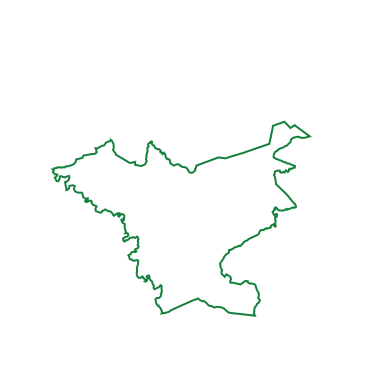 Upper Denkyira East Municipal, Central, Ghana, rotated 217°
{"feature_id": "2480657B45731574572143", "entity_name": "Upper Denkyira East Municipal", "entity_type": "district", "adm_level": 2, "iso_a3": "GHA", "parent_name": "Ghana", "parent_adm1": "Central", "projection": "orthographic", "projection_center": [-1.726, 5.836], "detail": "fine", "context": "isolated", "style": "outline", "palette": "green", "viewbox_px": 384, "rotation_deg": 217, "n_neighbors": 0, "source": "geoboundaries", "source_scale": "gbopen_adm2", "svg_char_len": 6065}
<svg xmlns="http://www.w3.org/2000/svg" viewBox="0 0 384 384"><g transform="rotate(217 192 192)"><path d="M288.1,184.7L287.8,184.3L288.0,183.4L289.8,181.0L290.4,179.4L290.2,176.4L291.9,174.5L293.9,169.7L295.3,168.9L294.0,168.2L293.3,167.2L292.0,166.5L292.2,164.8L292.7,163.9L295.2,161.6L300.4,156.0L300.6,155.4L300.1,153.4L304.1,148.2L303.4,147.0L303.0,145.2L303.1,143.5L303.8,141.7L306.8,137.5L308.3,136.6L308.3,135.3L308.5,135.0L310.0,134.1L310.6,133.1L311.9,132.5L312.5,131.9L313.7,131.4L313.8,130.9L316.4,127.7L316.1,126.7L316.7,126.2L315.4,126.1L315.2,125.7L315.1,124.2L312.1,123.6L310.9,124.5L309.8,124.7L309.6,124.3L309.5,123.4L310.2,120.9L306.8,119.3L305.3,120.1L305.2,120.6L305.9,123.3L306.8,124.9L306.1,125.9L304.1,126.4L302.3,127.1L301.4,128.8L300.0,130.8L298.6,129.9L297.7,127.2L298.4,124.5L299.3,123.5L297.6,122.0L297.1,121.3L294.8,119.6L293.4,117.9L292.7,119.2L292.5,121.0L292.6,121.4L293.5,123.0L293.4,123.3L291.1,125.7L289.1,126.1L288.2,123.5L287.4,122.9L285.5,122.1L282.6,122.9L279.3,125.3L277.1,123.7L276.3,122.6L274.3,122.4L272.6,122.7L271.5,124.3L271.0,123.9L271.0,122.8L271.9,120.6L271.4,120.1L269.8,120.9L268.8,122.9L268.0,124.0L266.5,124.2L265.8,123.0L263.6,122.2L259.9,123.2L259.4,122.8L259.1,120.5L257.8,119.3L257.1,118.9L252.8,120.3L252.1,121.0L252.3,122.6L250.8,125.8L247.7,126.2L245.4,127.4L241.8,126.8L241.4,126.3L240.1,126.0L239.4,127.7L239.3,128.9L238.4,130.4L237.0,131.5L236.1,130.7L236.1,130.2L237.1,129.1L236.8,128.5L235.4,128.4L235.4,130.4L234.8,132.0L233.7,132.7L232.2,132.6L231.0,131.4L230.8,130.1L229.6,129.0L229.5,127.9L230.1,127.4L231.4,128.0L231.7,127.3L230.4,126.2L229.0,125.7L226.4,125.9L225.0,123.8L223.2,122.0L220.1,119.9L220.3,119.1L219.4,119.6L219.1,120.0L218.2,120.2L217.7,120.1L216.7,118.9L216.8,117.5L218.1,116.1L219.1,113.4L217.2,111.7L216.5,111.6L215.8,112.3L215.8,113.7L214.8,114.5L214.3,115.4L213.8,118.3L212.5,119.4L211.7,120.6L210.2,120.9L209.7,121.3L209.0,123.4L208.5,123.3L206.4,122.2L205.9,120.3L204.3,119.1L203.3,116.8L202.0,116.6L201.5,115.2L201.6,114.0L202.8,112.6L202.8,111.5L202.1,111.5L200.7,110.9L201.1,110.1L203.1,108.7L204.0,107.5L203.5,105.1L204.4,104.3L204.7,103.1L202.9,102.3L202.0,101.4L200.9,101.0L199.2,101.8L197.6,101.8L196.1,103.0L194.8,104.8L193.4,104.6L191.6,101.6L190.3,98.1L188.5,96.1L187.0,93.3L184.6,91.6L182.8,91.4L181.6,92.3L180.7,94.8L179.6,94.5L179.2,93.9L178.9,93.8L178.3,94.0L175.8,94.0L175.5,93.4L175.8,92.3L175.0,92.6L174.7,93.7L175.6,96.6L177.2,97.0L177.2,98.0L176.8,98.9L175.7,99.3L172.9,96.7L170.3,96.5L169.2,95.9L168.5,95.1L165.9,94.1L165.0,92.3L164.3,92.0L163.2,92.0L162.0,94.7L161.4,95.5L161.1,96.5L161.1,98.6L159.6,98.6L158.6,96.9L156.3,94.5L155.7,93.5L155.7,91.9L154.2,90.5L154.5,87.8L155.1,86.9L156.2,86.3L156.7,84.6L155.4,83.1L152.3,80.9L150.7,80.7L150.3,81.1L150.1,80.7L147.6,80.4L143.5,78.1L143.2,76.7L141.1,78.8L138.5,82.1L137.4,85.4L125.6,106.8L123.7,109.2L123.2,110.6L120.8,110.5L117.9,111.0L116.8,112.1L115.0,112.2L110.0,111.4L107.7,112.7L105.5,112.9L104.7,113.2L103.3,115.1L99.4,117.4L97.7,118.0L96.7,118.2L90.3,117.7L86.9,119.5L67.3,131.1L69.4,132.2L69.6,133.0L70.4,133.8L70.4,134.2L71.0,134.8L72.5,137.5L72.2,140.0L72.6,140.9L72.7,141.6L72.1,143.9L72.4,146.0L73.4,146.8L75.0,147.1L75.5,147.5L75.9,148.7L76.7,149.9L77.2,150.8L78.6,151.9L80.8,152.5L85.1,155.6L86.0,156.0L87.1,155.8L89.2,154.9L91.3,153.4L93.2,153.5L93.8,154.3L95.7,153.2L96.5,151.3L97.6,147.4L104.9,144.1L106.7,142.7L107.2,142.9L107.8,143.6L108.3,145.8L110.4,147.4L115.0,146.9L114.9,143.9L116.4,144.3L117.8,144.2L118.9,144.6L120.5,145.8L120.6,147.0L120.9,147.8L123.8,149.0L125.2,150.6L125.7,150.7L126.6,152.0L126.8,158.2L127.4,159.8L127.0,163.5L126.1,165.1L126.3,166.3L127.5,168.0L126.3,168.9L126.1,169.8L125.4,170.7L124.5,173.6L123.1,175.2L122.4,177.2L121.1,177.8L120.7,178.4L120.7,180.4L120.3,181.6L120.5,183.0L119.9,185.0L118.6,186.9L118.6,188.3L113.4,198.1L114.3,201.8L114.0,203.0L111.8,205.0L111.8,206.1L111.5,206.7L110.8,207.1L110.8,207.8L110.0,208.0L107.9,210.5L107.8,211.1L108.6,212.1L108.0,214.4L107.5,215.1L105.7,214.4L104.8,214.3L104.5,214.8L104.8,215.4L106.7,216.7L107.1,218.1L108.2,219.7L110.0,221.1L110.6,222.2L109.5,223.0L110.6,225.4L111.4,225.3L112.4,223.0L115.6,224.5L115.2,228.1L116.3,228.6L115.7,230.3L111.9,229.4L107.9,232.1L106.2,235.5L105.4,235.0L102.0,240.5L100.9,240.8L100.0,242.7L100.3,243.1L102.4,244.4L104.9,244.6L115.0,247.1L129.4,248.8L134.5,253.6L136.9,255.1L137.0,256.6L138.0,258.0L137.2,259.8L134.8,262.0L133.7,261.0L132.4,261.0L131.4,262.4L131.5,262.6L131.0,263.0L129.8,263.2L130.1,265.9L127.5,265.7L127.4,267.2L127.2,267.6L128.1,268.4L128.1,269.4L126.1,270.6L125.7,272.4L124.6,273.3L125.3,274.6L125.8,274.7L129.3,273.5L131.3,273.3L132.9,272.2L135.1,272.0L136.8,271.1L139.5,270.8L141.7,269.9L142.5,269.9L144.6,269.1L147.6,268.8L149.1,270.9L149.5,271.8L149.7,274.1L148.4,277.2L148.7,277.9L147.2,280.8L146.0,282.3L145.4,284.2L144.3,285.8L143.4,291.3L144.6,293.7L143.7,296.4L141.0,299.7L136.9,301.3L134.6,303.1L131.5,307.3L150.3,307.1L151.9,302.4L160.5,303.7L167.1,293.7L159.2,277.0L174.9,253.7L185.8,238.8L191.7,235.5L204.4,215.7L203.5,214.2L203.4,212.3L202.4,211.4L203.1,208.0L204.2,206.8L206.1,206.2L208.0,206.8L208.9,207.5L210.9,207.9L212.7,207.5L214.4,206.4L215.9,206.0L216.7,206.3L217.8,205.9L218.7,206.2L220.7,205.2L221.5,203.5L222.6,202.1L226.3,201.9L227.0,202.2L227.6,203.3L228.4,203.5L228.8,204.0L229.8,204.4L230.9,203.6L231.6,203.8L232.2,203.3L234.3,204.4L235.2,205.3L236.6,206.0L236.8,206.3L237.4,206.2L237.8,206.4L237.8,205.8L238.1,205.8L238.6,205.4L238.6,204.8L239.2,205.3L239.4,205.0L240.0,205.2L240.2,204.9L241.0,204.7L241.5,205.0L241.6,206.0L242.4,206.0L243.7,206.5L245.0,205.9L245.4,205.3L246.7,205.3L246.9,205.1L248.1,205.1L249.1,205.4L250.1,206.3L251.2,205.8L253.5,206.3L253.9,208.0L254.8,208.0L255.4,206.7L255.3,205.8L256.0,204.4L255.9,203.5L254.2,202.6L254.0,201.8L254.3,200.6L251.9,197.6L250.5,193.7L249.4,192.8L248.6,190.5L246.8,189.5L246.1,185.8L248.2,182.1L253.7,179.5L255.5,181.8L258.9,177.8L275.0,176.0L276.6,177.0L280.2,177.9L281.1,180.2L283.3,182.9L286.2,184.5L288.1,184.7Z" fill="none" stroke="#15803d" stroke-width="2"/></g></svg>